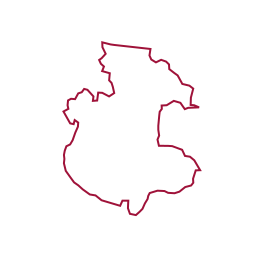 Ivorá, Rio Grande do Sul, Brazil (Robinson projection), rotated 323°
{"feature_id": "56859067B71259707194731", "entity_name": "Ivorá", "entity_type": "district", "adm_level": 2, "iso_a3": "BRA", "parent_name": "Brazil", "parent_adm1": "Rio Grande do Sul", "projection": "robinson", "projection_center": [-53.578, -29.511], "detail": "fine", "context": "isolated", "style": "outline", "palette": "rose", "viewbox_px": 256, "rotation_deg": 323, "n_neighbors": 0, "source": "geoboundaries", "source_scale": "gbopen_adm2", "svg_char_len": 1446}
<svg xmlns="http://www.w3.org/2000/svg" viewBox="0 0 256 256"><g transform="rotate(323 128 128)"><path d="M203.8,135.8L202.5,131.1L197.9,125.5L199.3,115.9L198.0,111.7L196.4,105.8L199.0,101.9L198.4,97.9L195.5,93.5L189.8,92.4L187.8,87.3L188.8,83.0L193.5,78.4L167.0,53.4L164.4,50.8L159.0,44.1L156.2,48.1L154.8,55.3L148.9,56.4L145.9,56.3L145.0,60.4L145.8,64.4L141.6,67.0L146.4,73.3L141.6,78.6L142.0,82.1L140.6,86.1L138.0,91.8L131.9,91.4L128.6,84.4L125.5,81.8L119.9,87.5L116.3,85.2L119.4,82.0L118.6,73.1L116.5,70.4L112.6,71.6L109.1,70.4L103.1,73.1L100.1,70.4L96.7,69.9L93.4,73.5L91.9,76.8L86.4,76.0L84.6,89.5L86.9,92.2L90.2,89.6L91.5,93.7L88.8,96.8L83.1,100.0L76.5,104.4L71.9,106.3L67.8,105.5L63.8,108.1L60.6,111.0L58.6,114.4L55.6,117.6L52.5,124.8L52.3,132.7L52.2,139.0L53.8,143.9L54.9,149.7L57.5,158.1L61.5,162.3L63.4,169.8L74.9,185.4L79.8,182.7L84.5,186.2L79.7,192.0L77.9,197.7L81.9,202.3L86.8,201.9L90.9,201.3L96.1,198.4L100.9,196.5L103.3,194.4L106.2,193.0L113.8,195.8L119.2,200.3L121.0,203.9L125.9,208.1L130.8,209.8L138.2,209.6L143.8,211.9L147.2,211.0L149.4,207.7L156.6,202.6L160.2,205.1L161.5,193.7L160.2,188.2L156.7,184.6L158.1,178.0L152.4,169.1L149.5,166.6L142.0,160.8L144.6,155.0L148.3,152.8L151.1,147.7L153.5,144.5L160.6,136.7L163.1,134.1L166.5,133.1L168.4,130.3L172.6,133.1L180.9,133.9L185.0,139.4L184.7,147.1L188.2,148.1L197.2,154.3L194.5,149.6L191.9,147.3L196.5,141.6L203.8,135.8Z" fill="none" stroke="#9f1239" stroke-width="2"/></g></svg>